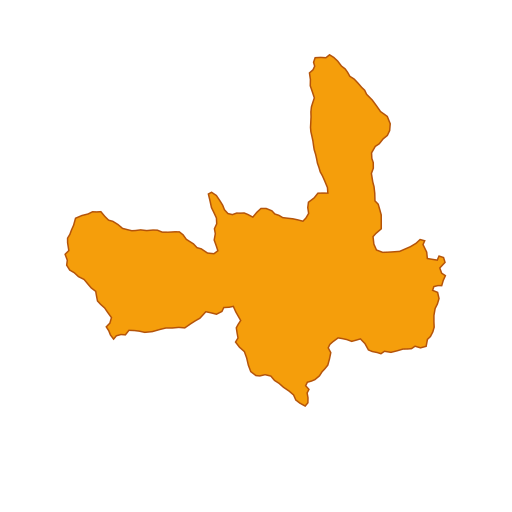 the district of Espera Feliz, Minas Gerais, Brazil, rotated 336°
{"feature_id": "56859067B13761080010034", "entity_name": "Espera Feliz", "entity_type": "district", "adm_level": 2, "iso_a3": "BRA", "parent_name": "Brazil", "parent_adm1": "Minas Gerais", "projection": "natural_earth1", "projection_center": [-41.928, -20.588], "detail": "fine", "context": "isolated", "style": "filled", "palette": "amber", "viewbox_px": 512, "rotation_deg": 336, "n_neighbors": 0, "source": "geoboundaries", "source_scale": "gbopen_adm2", "svg_char_len": 3623}
<svg xmlns="http://www.w3.org/2000/svg" viewBox="0 0 512 512"><g transform="rotate(336 256 256)"><path d="M374.8,122.6L374.2,129.5L373.6,135.3L370.3,138.9L367.3,142.3L364.8,146.6L362.8,151.4L360.3,156.4L358.1,160.7L356.7,164.7L355.8,169.3L354.8,174.0L353.6,178.1L352.4,182.6L351.8,187.4L350.9,191.9L349.9,196.1L349.5,200.9L348.9,205.2L349.3,209.6L349.3,215.2L349.1,222.6L347.2,227.8L342.4,225.6L338.1,223.8L332.7,226.6L325.8,228.2L323.0,232.8L321.4,238.5L317.1,241.6L313.0,243.3L308.9,240.0L304.8,237.0L300.0,234.2L296.0,231.8L293.5,228.2L290.3,225.3L288.9,221.2L284.6,216.7L279.9,214.6L274.6,216.4L268.9,219.2L265.4,214.7L262.7,211.9L259.1,210.5L255.7,208.9L251.3,208.6L247.6,205.8L246.0,200.9L246.2,196.1L245.6,191.6L244.4,184.6L241.3,179.7L237.7,180.0L236.4,187.0L235.0,193.7L235.2,198.7L235.3,205.2L233.2,210.6L229.1,214.2L227.9,219.1L224.3,224.4L223.8,230.8L223.3,235.7L218.5,236.8L212.9,233.6L208.9,227.2L205.5,224.4L203.8,219.5L201.4,215.9L199.1,212.4L198.0,207.0L195.8,202.8L191.7,200.9L185.6,198.6L180.1,196.1L176.4,192.3L172.5,190.4L166.4,188.3L161.2,185.2L156.2,183.7L152.8,182.4L149.2,179.6L145.3,176.5L142.7,171.1L139.3,166.1L135.9,163.3L134.0,158.4L132.3,152.4L128.5,151.0L124.6,149.1L119.7,149.3L113.4,148.2L106.5,148.1L101.9,153.7L97.9,157.3L94.8,160.5L91.1,163.1L89.3,167.2L87.2,174.9L82.3,176.8L81.9,183.1L79.3,187.4L80.1,193.1L83.2,197.4L85.4,202.6L89.4,207.5L91.1,213.5L92.5,218.2L95.2,223.1L94.0,227.8L92.9,232.6L94.4,237.0L96.6,241.9L97.6,247.3L98.9,253.5L95.2,257.9L90.4,259.8L91.1,264.5L90.9,268.9L92.1,274.0L96.0,272.1L100.7,272.8L104.6,274.9L109.7,272.2L114.7,274.7L118.7,277.1L123.3,280.5L130.5,282.9L138.2,284.0L144.3,285.1L150.2,287.7L156.4,289.8L161.7,292.7L168.4,291.4L174.4,290.5L179.5,290.0L183.2,288.4L187.5,286.5L191.5,289.4L196.2,293.1L202.3,292.8L205.6,290.0L210.7,291.9L214.8,292.8L214.8,298.8L215.3,303.8L215.8,308.7L211.9,311.2L208.8,313.6L207.4,318.7L206.2,323.6L202.3,326.3L203.8,332.6L206.5,338.6L206.0,345.4L204.6,352.6L204.2,359.5L207.3,365.2L210.7,367.1L216.0,368.1L220.7,371.7L222.3,377.2L225.2,381.6L227.7,387.1L231.3,392.9L233.8,398.2L233.8,403.8L236.3,408.4L239.9,413.1L243.7,411.2L245.8,406.7L247.0,401.9L250.1,399.4L248.6,394.7L251.6,392.2L255.7,392.8L259.5,392.9L265.2,391.3L269.3,388.6L273.1,387.0L277.2,384.9L281.2,380.0L285.0,374.7L284.6,369.3L287.5,366.8L291.3,365.6L297.7,364.2L301.6,366.8L305.0,369.3L308.7,372.9L313.2,373.6L317.7,374.2L319.9,380.3L320.5,387.5L323.3,390.5L327.5,393.5L330.4,396.1L334.6,395.3L340.1,398.9L346.3,400.0L352.4,400.8L356.7,402.6L360.4,403.9L364.6,403.1L368.9,406.8L374.7,407.7L378.7,401.9L382.6,400.5L386.7,397.2L389.8,393.5L391.8,388.4L394.4,382.6L398.3,376.8L402.2,373.6L405.9,369.3L407.1,363.1L403.4,359.2L406.0,356.3L410.1,357.0L413.6,358.6L417.1,354.5L421.0,351.0L418.6,347.2L419.0,341.7L426.1,338.7L426.7,333.7L423.2,330.5L419.9,333.5L411.5,328.0L413.5,321.9L413.2,313.5L416.3,310.7L412.6,307.7L407.4,309.5L400.9,310.3L389.1,310.2L385.5,308.9L381.6,307.5L377.9,306.1L373.2,304.2L368.5,299.5L368.5,293.1L370.8,285.9L374.6,284.2L381.5,282.1L384.7,274.9L387.1,269.4L387.9,264.2L388.7,258.4L387.1,254.0L390.0,247.0L392.0,240.7L392.8,235.8L395.0,227.5L398.9,223.5L401.1,218.4L401.5,214.0L403.5,208.8L409.5,204.4L414.2,203.6L419.8,200.7L425.0,199.3L429.1,195.8L432.4,189.8L432.7,181.9L428.5,174.7L427.2,168.0L425.6,160.7L422.8,153.3L422.7,148.8L421.1,144.9L419.5,139.6L417.7,134.4L414.8,130.0L414.4,125.6L413.6,121.5L411.3,117.2L409.9,111.2L407.8,106.2L405.0,102.1L400.5,103.3L395.9,100.9L390.7,98.9L387.4,102.4L386.8,106.5L383.8,109.1L379.3,110.5L377.5,116.9L374.8,122.6Z" fill="#f59e0b" stroke="#b45309" stroke-width="1.5"/></g></svg>